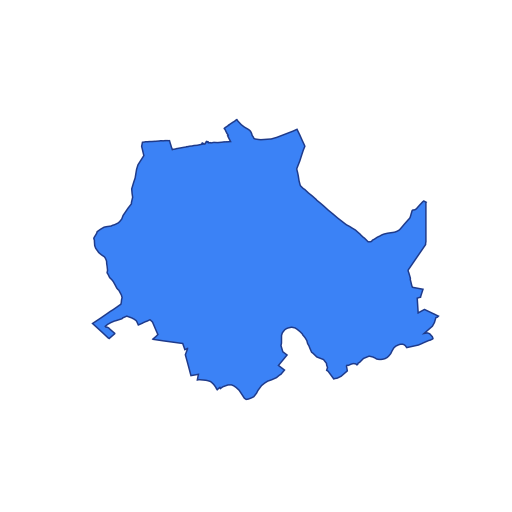 outline of Zabrani, Arad, Romania, rotated 154°
{"feature_id": "2599482B97657838869251", "entity_name": "Zabrani", "entity_type": "district", "adm_level": 2, "iso_a3": "ROU", "parent_name": "Romania", "parent_adm1": "Arad", "projection": "equal_earth", "projection_center": [21.569, 46.052], "detail": "fine", "context": "isolated", "style": "filled", "palette": "blue", "viewbox_px": 512, "rotation_deg": 154, "n_neighbors": 0, "source": "geoboundaries", "source_scale": "gbopen_adm2", "svg_char_len": 5973}
<svg xmlns="http://www.w3.org/2000/svg" viewBox="0 0 512 512"><g transform="rotate(154 256 256)"><path d="M308.2,408.0L310.7,404.7L312.8,395.4L322.1,389.7L325.3,386.3L330.5,379.0L333.5,376.0L338.3,370.8L340.0,366.4L341.1,362.9L344.5,358.7L345.1,357.5L350.0,355.1L357.7,350.7L360.4,348.1L363.6,346.6L365.5,346.1L369.3,346.1L371.7,346.5L373.0,346.4L377.2,347.8L379.9,348.5L384.0,348.2L388.1,347.5L389.1,346.4L389.9,345.8L393.5,343.5L394.1,342.8L394.4,340.8L394.9,339.8L396.4,336.1L396.7,333.3L396.4,331.3L396.1,329.8L395.9,328.1L394.4,324.8L392.7,321.9L392.4,320.7L392.4,318.2L392.7,316.5L393.5,314.7L394.3,312.1L395.7,308.2L397.2,306.2L397.0,304.3L397.0,300.7L396.0,297.9L395.5,295.6L395.3,291.7L395.2,288.2L394.8,286.5L394.3,285.4L394.1,279.9L394.6,277.3L396.1,275.5L397.5,273.2L398.6,271.9L407.9,270.4L411.1,270.1L422.0,268.4L432.5,267.0L427.5,254.3L424.8,247.2L424.2,246.4L424.1,246.2L417.0,248.1L416.9,248.5L417.9,250.8L419.4,254.3L419.9,255.8L420.7,257.0L422.1,257.9L422.3,258.9L419.3,259.6L415.7,259.8L411.6,259.6L410.4,259.3L404.2,258.4L403.4,258.5L403.0,258.8L398.5,258.6L394.8,254.8L393.2,252.6L392.0,250.4L391.9,248.9L392.0,245.6L387.4,245.4L386.7,245.5L383.5,245.4L383.0,245.2L379.3,245.2L379.1,245.0L378.1,242.4L378.0,241.7L378.4,233.7L378.6,228.4L381.3,227.5L385.2,226.5L385.1,226.3L376.1,220.1L360.2,209.5L361.0,203.0L358.1,202.9L358.2,202.6L362.8,198.2L364.3,190.2L365.8,182.5L366.9,177.0L359.6,174.9L363.1,170.3L362.9,170.2L361.5,169.9L358.0,167.8L355.4,166.2L353.9,165.0L352.1,163.3L351.4,162.1L350.5,159.7L350.1,158.1L349.6,154.7L349.8,154.3L349.7,154.0L349.5,152.8L347.9,153.3L346.1,153.7L346.1,152.5L343.2,153.0L337.7,152.4L334.6,151.0L333.0,149.2L331.5,146.6L330.0,142.7L328.8,133.3L327.7,131.4L325.7,130.8L322.6,130.5L319.7,130.5L315.6,132.5L313.4,134.2L307.9,137.1L304.0,138.0L300.3,138.4L296.2,137.9L290.9,137.7L286.9,138.7L285.6,138.7L280.4,141.0L283.8,147.8L271.5,153.4L273.9,158.2L272.8,164.6L271.3,166.5L267.9,173.4L266.0,175.4L262.6,177.1L260.3,177.4L258.4,177.2L255.2,176.4L252.4,174.2L251.2,172.2L249.6,168.8L248.5,165.6L248.6,164.8L247.7,161.1L247.4,157.7L248.0,154.6L247.8,152.1L248.0,149.9L248.2,145.2L247.4,143.6L245.6,138.6L240.7,133.3L239.7,128.6L240.3,127.0L240.6,124.4L242.6,122.3L241.7,120.8L240.0,111.4L238.9,111.3L236.6,110.6L232.2,110.6L224.3,112.7L222.9,117.5L222.2,117.9L220.9,117.2L217.9,117.1L215.8,116.7L213.7,115.4L213.0,113.9L212.0,114.1L211.3,114.9L209.5,115.0L204.3,116.8L198.2,116.4L195.1,113.9L194.9,113.5L193.9,112.4L192.7,110.5L190.9,109.2L189.0,108.2L187.0,107.6L185.1,107.2L182.6,107.3L180.6,107.9L177.7,109.2L175.3,111.1L172.4,113.0L169.9,113.7L167.3,113.7L165.3,113.5L163.1,112.6L161.9,111.5L161.1,110.0L160.7,107.6L149.1,104.8L145.3,104.6L143.7,104.6L137.3,104.3L136.7,104.0L133.5,104.0L133.1,104.3L132.9,106.2L134.0,110.0L135.6,111.7L138.9,112.7L128.2,115.6L124.8,118.0L121.3,121.8L119.8,121.5L118.4,122.0L128.0,134.1L135.2,133.8L129.6,147.4L127.2,147.1L126.2,146.8L125.5,147.7L120.5,152.9L129.1,159.3L129.0,161.0L127.6,167.4L127.0,168.3L126.1,173.4L125.8,176.0L125.2,176.8L98.6,191.9L97.9,193.2L97.0,194.4L79.9,229.5L79.5,229.7L81.1,231.9L82.5,231.6L86.4,230.1L89.6,228.8L90.7,228.3L91.3,228.1L92.2,228.0L92.9,227.9L93.3,228.0L95.0,228.6L95.7,228.4L96.2,227.9L99.0,224.8L100.2,223.5L100.7,223.0L101.2,222.7L102.0,222.3L102.9,222.0L108.9,219.5L110.9,218.6L114.8,216.9L115.7,216.6L116.4,216.5L118.3,216.4L120.7,216.6L122.2,217.0L124.0,217.6L127.8,218.8L131.3,219.6L132.4,219.7L133.3,219.8L135.5,219.7L136.5,219.6L137.0,219.7L138.6,219.7L139.6,219.6L142.4,219.2L144.3,219.2L145.2,218.8L145.7,218.5L146.1,218.5L147.1,218.7L149.0,219.6L150.7,224.6L151.3,225.6L151.6,226.3L152.2,227.9L152.6,228.9L152.7,229.6L154.2,233.1L155.2,235.6L155.6,236.3L157.2,238.7L157.8,239.7L158.9,241.5L160.6,243.8L161.1,244.5L166.0,254.4L167.8,258.6L171.0,265.6L173.3,271.4L174.9,275.1L177.0,279.6L177.1,280.3L179.0,285.0L181.3,289.8L183.0,294.4L184.0,296.0L185.2,299.4L185.2,300.6L184.3,304.9L182.9,309.4L182.1,312.5L181.5,315.4L181.1,316.6L174.8,322.4L170.9,326.5L167.0,330.5L164.0,333.2L163.9,334.4L163.8,340.0L163.6,345.5L163.6,351.9L167.9,352.0L185.3,353.5L191.0,354.5L200.7,358.4L202.5,359.5L205.3,361.4L206.3,362.5L206.3,364.2L206.6,366.0L206.3,367.6L206.2,369.1L206.3,370.7L206.8,372.1L207.6,373.5L209.9,376.9L211.7,380.5L213.2,385.4L213.4,387.0L213.8,387.1L214.2,387.0L214.8,386.8L216.9,386.4L217.9,386.4L220.8,386.0L222.2,385.8L222.7,385.8L222.8,385.7L223.0,385.5L223.3,385.6L223.4,385.4L223.7,385.5L224.4,385.3L225.3,385.2L225.8,385.1L227.1,385.0L228.6,384.6L228.7,384.4L228.4,383.6L228.4,383.3L228.3,382.9L228.4,381.9L228.4,380.7L228.4,380.3L228.3,380.1L228.4,379.4L228.4,379.0L228.2,378.0L228.1,377.3L228.1,376.7L228.8,376.5L228.7,375.9L228.8,375.1L228.7,370.0L231.5,371.1L234.8,372.6L236.4,373.1L240.7,374.7L244.1,376.6L246.4,377.2L247.0,377.4L247.1,377.5L247.2,377.8L247.8,378.0L248.3,378.3L248.9,378.5L249.2,378.6L249.1,379.3L249.0,379.7L249.2,379.8L249.6,379.7L249.9,379.8L250.0,380.0L249.9,380.4L250.2,380.6L250.3,380.7L250.7,380.5L250.7,380.4L250.9,380.3L250.9,380.2L251.2,380.0L251.6,379.8L251.9,379.8L252.2,379.2L253.0,379.1L253.5,379.4L253.8,379.4L253.9,379.5L253.7,379.7L253.7,379.8L253.8,379.9L254.0,380.1L254.6,380.4L254.6,380.5L254.5,381.0L254.9,381.1L255.1,380.9L255.1,380.5L255.5,380.5L255.5,380.1L260.4,381.3L263.3,382.5L265.3,382.9L266.5,383.4L268.2,384.0L268.5,384.0L268.8,384.0L269.2,384.2L269.6,384.2L270.0,384.5L270.5,384.7L271.0,384.6L273.5,385.4L276.8,386.3L277.8,386.6L279.2,387.0L279.6,387.1L280.5,387.4L281.6,387.5L282.3,387.7L283.7,388.2L284.0,388.3L284.4,388.2L284.6,388.3L284.4,389.4L284.3,391.0L284.0,392.7L283.6,395.3L283.2,397.6L284.5,398.2L285.1,398.6L287.5,399.7L288.8,400.1L290.4,401.0L291.4,401.5L292.0,401.6L293.4,402.1L294.4,402.5L296.2,403.2L296.8,403.5L298.6,404.2L300.0,404.8L300.4,405.0L300.8,405.2L301.1,405.3L301.6,405.6L302.2,405.7L302.6,406.0L303.4,406.2L304.7,406.9L305.2,407.1L306.9,407.5L307.6,407.8L308.2,408.0Z" fill="#3b82f6" stroke="#1e3a8a" stroke-width="1.5"/></g></svg>